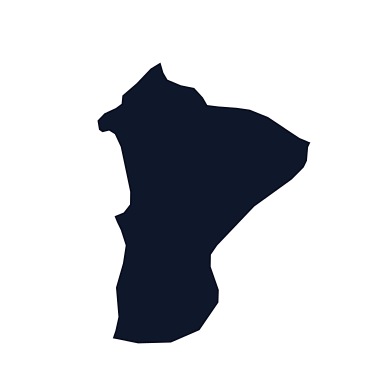 the border of Pehčevo, rotated 68°
{"feature_id": "MKD-3007", "entity_name": "Pehčevo", "entity_type": "Statistical Region", "adm_level": 1, "iso_a3": "MKD", "parent_name": "North Macedonia", "parent_adm1": "", "projection": "natural_earth1", "projection_center": [22.871, 41.774], "detail": "fine", "context": "isolated", "style": "filled", "palette": "ink", "viewbox_px": 384, "rotation_deg": 68, "n_neighbors": 0, "source": "natural_earth", "source_scale": "10m", "svg_char_len": 818}
<svg xmlns="http://www.w3.org/2000/svg" viewBox="0 0 384 384"><g transform="rotate(68 192 192)"><path d="M190.4,64.9L193.5,68.2L205.6,74.3L210.4,79.6L217.0,95.0L228.0,139.8L250.3,189.0L256.7,198.6L268.1,203.4L292.7,204.6L303.8,209.5L322.1,237.0L322.9,267.8L311.5,298.3L297.8,319.1L297.4,318.7L292.4,314.4L280.6,306.3L266.7,302.0L252.5,297.6L232.7,282.1L216.9,272.7L200.6,271.5L191.7,272.1L186.2,272.1L186.2,262.8L180.8,253.5L168.9,248.5L123.5,240.4L109.2,241.1L103.3,245.4L102.3,252.2L99.3,254.1L90.9,252.2L87.0,243.5L86.4,231.1L84.5,223.7L77.1,219.9L71.2,202.5L62.8,183.9L61.1,173.6L70.7,174.6L79.0,173.4L89.5,162.8L96.9,151.6L108.7,147.2L117.6,146.0L123.1,136.1L131.4,119.3L137.9,108.1L151.6,93.9L170.0,81.4L182.7,72.7L187.0,68.3L190.3,65.1L190.4,64.9Z" fill="#0f172a" stroke="#020617" stroke-width="1.5"/></g></svg>